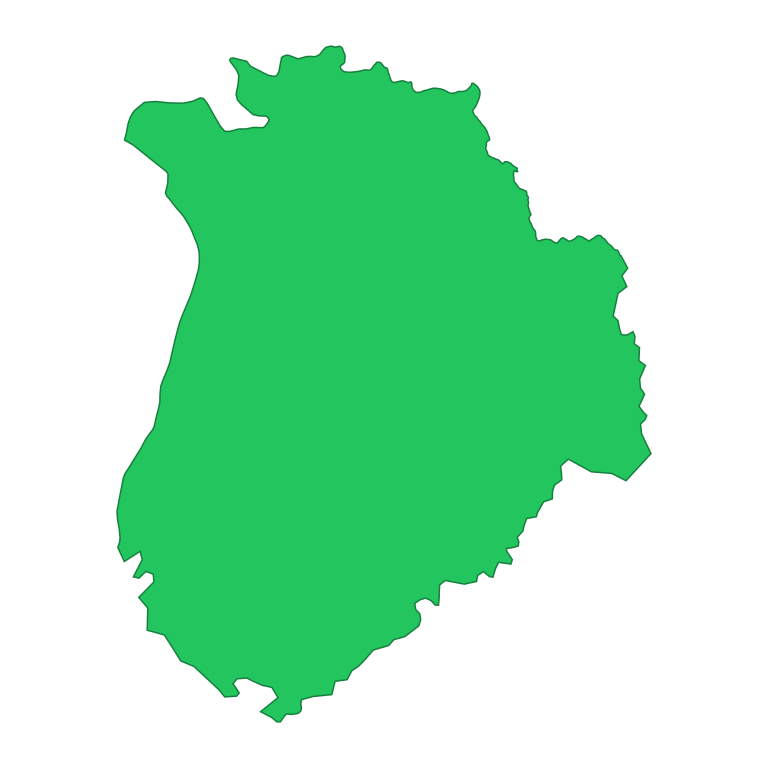 Chapicuy, Paysandú, Uruguay
{"feature_id": "84410073B18564201435230", "entity_name": "Chapicuy", "entity_type": "district", "adm_level": 2, "iso_a3": "URY", "parent_name": "Uruguay", "parent_adm1": "Paysandú", "projection": "mercator", "projection_center": [-57.843, -31.658], "detail": "fine", "context": "isolated", "style": "filled", "palette": "green", "viewbox_px": 768, "rotation_deg": 0, "n_neighbors": 0, "source": "geoboundaries", "source_scale": "gbopen_adm2", "svg_char_len": 6010}
<svg xmlns="http://www.w3.org/2000/svg" viewBox="0 0 768 768"><path d="M476.5,581.5L477.6,575.5L483.5,571.6L489.3,576.5L492.9,577.2L495.6,568.3L498.6,562.3L510.9,564.1L512.3,559.6L506.8,551.4L506.4,548.4L512.2,547.7L518.3,546.0L518.8,541.7L517.2,537.3L522.8,531.2L524.3,524.9L526.7,518.5L536.3,516.8L537.5,512.6L543.6,501.8L552.4,498.8L552.5,491.5L554.5,485.1L561.8,479.8L561.5,473.9L560.6,466.2L568.3,459.1L591.4,471.8L611.6,473.4L626.0,480.7L651.0,453.6L641.6,433.9L640.5,424.0L645.0,419.7L646.8,415.7L643.5,412.3L639.0,406.4L644.6,394.3L640.5,388.1L639.6,379.1L645.4,365.5L638.9,360.7L639.5,347.7L634.3,343.7L635.0,336.4L633.0,331.7L626.8,335.1L621.4,334.7L619.8,330.0L618.0,320.7L613.2,316.0L618.0,293.4L626.8,286.6L621.9,275.9L627.7,268.2L620.9,255.6L620.2,255.6L618.1,251.0L617.2,250.1L615.7,250.1L614.2,249.4L612.8,247.6L610.1,245.0L608.5,243.9L604.6,239.0L602.7,238.0L600.8,235.7L599.9,235.7L598.4,235.2L596.3,236.1L594.0,237.9L591.0,239.6L589.2,241.4L587.1,239.9L581.8,236.8L579.4,236.1L577.2,236.3L575.3,238.5L572.2,240.2L569.1,241.4L563.1,237.7L560.7,238.9L557.0,243.3L554.3,242.4L550.3,239.7L545.5,239.2L541.2,240.1L540.7,240.5L539.7,240.8L538.5,241.0L537.9,240.8L537.1,240.2L536.7,239.6L536.5,239.0L536.5,238.4L535.8,236.9L535.5,232.1L535.3,231.3L535.1,230.8L533.3,228.7L531.8,225.5L531.2,223.6L529.9,221.8L529.0,218.8L529.0,218.2L529.3,217.2L529.6,216.5L530.9,214.8L530.9,214.0L529.8,212.4L529.5,210.4L528.8,208.6L528.6,207.7L528.2,206.4L528.1,204.7L528.5,203.4L528.5,202.3L527.9,200.1L527.9,199.4L528.3,198.7L528.4,198.1L528.1,196.8L526.8,194.8L526.6,194.0L526.8,192.8L526.6,192.0L526.0,191.1L522.4,189.5L519.8,188.7L519.0,188.1L516.4,184.2L514.7,182.3L514.1,181.4L513.9,180.8L514.0,180.2L513.8,177.8L513.7,176.4L513.4,175.1L513.6,174.2L513.7,173.0L513.9,171.6L514.2,171.0L514.5,170.9L515.7,171.2L516.8,171.7L517.4,171.7L517.7,171.5L517.6,171.1L517.1,170.4L517.1,170.0L517.0,169.4L517.3,168.3L516.5,167.8L515.6,167.4L513.5,166.0L512.4,165.2L511.7,164.2L510.7,163.3L507.8,161.9L506.9,161.7L506.2,161.8L505.2,161.7L504.7,161.8L504.1,162.5L503.5,163.4L502.9,163.7L502.5,163.6L500.6,162.1L499.2,160.5L498.3,159.9L496.8,159.3L495.8,159.1L494.3,158.3L492.5,157.7L491.3,157.2L490.4,156.4L489.1,156.0L488.4,155.4L488.0,154.9L487.4,152.6L486.9,151.3L485.7,149.0L485.7,148.5L486.4,144.9L486.5,142.7L486.7,141.9L487.0,141.4L487.3,141.2L488.2,140.9L489.2,140.3L489.6,139.8L489.5,138.5L489.4,137.8L488.2,135.0L487.0,131.3L484.9,127.8L484.3,126.9L481.7,124.3L481.2,123.2L479.6,120.9L478.8,120.2L477.5,118.7L476.9,117.6L475.7,116.5L475.2,115.9L474.3,115.1L472.8,111.6L472.7,110.7L473.0,109.9L473.6,109.2L474.8,107.6L476.3,105.1L477.3,102.8L479.1,98.3L479.7,95.8L480.0,93.8L480.0,91.9L479.4,89.7L478.4,88.0L477.4,86.4L473.6,83.5L472.4,83.2L471.8,83.5L471.3,85.5L469.5,87.6L466.3,90.5L465.0,91.0L462.3,91.5L458.0,91.5L455.9,92.6L452.4,93.3L450.1,93.2L443.8,89.9L440.8,89.0L437.2,88.4L435.3,88.3L432.6,88.3L426.5,90.2L424.0,90.6L420.5,92.2L416.3,92.4L414.7,91.4L413.1,89.6L412.3,88.1L411.9,86.2L411.8,83.6L411.5,82.6L410.8,81.8L409.7,82.3L408.6,82.5L407.7,82.5L403.9,81.0L402.2,80.9L401.2,80.9L396.1,82.1L393.8,82.5L392.1,81.8L391.1,80.3L390.3,78.7L389.5,75.7L388.3,72.7L387.5,69.0L387.0,68.1L384.5,67.4L382.0,64.3L380.6,62.7L379.8,62.4L378.1,62.1L376.8,62.3L376.1,62.9L375.4,64.2L374.1,65.2L371.3,69.1L370.1,70.0L368.5,70.2L365.2,69.8L360.4,71.0L357.1,71.6L350.2,72.3L346.9,72.1L344.0,71.7L342.3,70.4L340.7,68.7L340.3,67.2L340.6,65.9L343.0,64.1L344.7,62.3L345.1,56.6L344.9,54.4L343.6,52.0L342.4,48.2L340.9,46.9L339.4,46.2L337.7,46.7L334.8,47.2L331.9,46.1L330.5,46.2L327.6,46.9L325.9,47.4L324.3,48.8L323.4,49.8L320.1,54.0L318.7,55.2L316.0,56.4L314.3,56.7L310.8,56.4L306.2,56.6L298.2,58.9L288.9,55.4L286.4,55.2L283.5,56.2L281.6,57.5L278.9,71.5L277.6,74.2L276.5,75.9L274.8,76.2L273.2,76.2L268.9,75.5L264.0,73.2L250.5,66.2L246.6,61.2L240.8,59.9L233.6,58.0L231.7,58.1L230.6,58.6L230.1,59.2L229.8,60.1L230.2,61.5L235.6,68.6L236.9,70.8L238.8,75.5L238.2,83.2L236.1,94.6L237.5,100.0L241.7,104.8L246.7,109.0L253.1,114.6L258.6,115.8L265.4,116.1L267.6,117.2L269.0,119.4L268.6,121.2L267.1,123.6L264.8,126.6L262.7,127.7L253.4,127.4L246.2,128.9L238.6,129.0L230.1,131.3L224.8,131.4L220.0,125.8L214.6,116.4L207.1,103.1L203.4,98.5L200.3,97.9L192.5,101.3L183.2,103.2L169.3,102.9L155.6,101.5L144.3,102.4L134.5,110.6L132.1,114.0L130.1,117.8L128.1,123.7L126.4,132.8L124.5,140.1L133.2,145.0L155.0,162.5L163.9,169.5L166.5,171.7L166.9,172.4L167.5,173.1L167.9,174.1L168.0,175.0L167.8,181.9L167.6,183.8L167.3,185.2L165.5,192.6L165.7,193.7L166.9,196.1L167.7,197.1L169.2,198.8L176.4,208.0L180.8,213.0L184.0,217.0L188.7,224.7L191.5,230.0L195.1,239.3L197.0,243.7L198.3,248.4L199.2,252.9L199.3,255.4L199.3,261.5L198.9,266.9L198.6,268.6L197.4,273.4L194.0,285.1L191.9,291.7L190.0,297.1L181.9,316.4L179.6,322.6L177.4,330.6L175.4,338.4L171.4,355.5L169.8,362.8L166.3,372.3L163.9,377.6L161.8,383.3L160.8,386.3L160.5,389.0L160.0,395.0L159.9,401.5L159.0,406.6L156.5,416.3L154.1,426.8L152.6,429.7L149.1,434.4L145.6,439.4L140.9,448.3L128.1,468.9L125.3,473.2L123.9,476.4L122.8,480.4L122.0,484.9L118.9,500.8L118.0,506.0L117.3,509.1L117.0,512.4L117.5,518.8L119.2,528.8L120.1,538.2L119.4,542.9L117.8,547.5L124.3,561.5L140.1,551.3L142.2,559.6L133.4,576.9L138.9,578.1L146.0,571.4L153.2,574.2L154.0,581.8L138.8,597.4L147.8,608.1L147.2,630.2L164.4,635.0L173.4,649.1L180.8,661.0L193.9,666.4L219.1,689.9L224.7,696.9L236.5,696.2L239.2,693.1L235.9,687.8L233.0,683.6L237.1,678.8L246.9,678.0L251.8,680.6L262.5,685.4L271.9,687.4L278.0,697.6L260.6,711.7L271.4,717.3L277.0,721.9L280.5,721.8L284.2,716.4L286.4,714.0L291.8,714.4L297.7,713.5L300.5,711.5L301.5,708.6L300.8,703.6L301.6,699.6L312.9,696.5L331.8,694.6L335.1,681.3L347.0,679.7L351.8,670.8L358.8,666.0L364.9,659.7L373.3,650.0L388.7,645.5L393.8,639.7L404.8,636.6L418.8,625.9L420.7,619.6L419.8,613.9L415.6,609.3L414.8,603.3L420.0,599.8L425.4,598.1L431.0,600.5L435.3,605.1L438.5,605.1L439.2,597.3L439.2,591.9L439.7,584.9L445.1,580.5L464.3,584.1L476.5,581.5Z" fill="#22c55e" stroke="#15803d" stroke-width="1.5"/></svg>